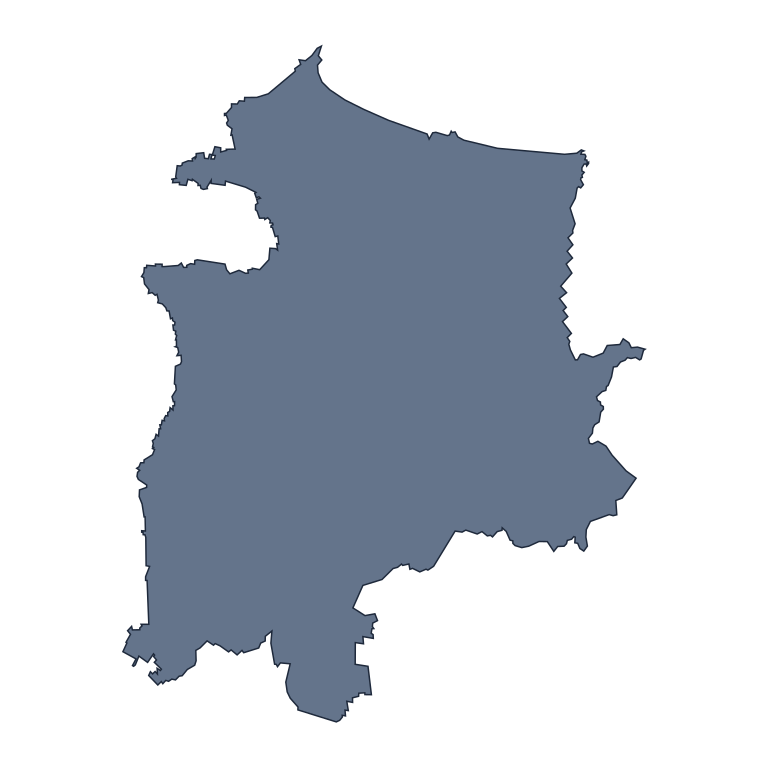 Catemaco, Veracruz, Mexico
{"feature_id": "50627088B13205785170557", "entity_name": "Catemaco", "entity_type": "district", "adm_level": 2, "iso_a3": "MEX", "parent_name": "Mexico", "parent_adm1": "Veracruz", "projection": "natural_earth1", "projection_center": [-95.032, 18.435], "detail": "fine", "context": "isolated", "style": "filled", "palette": "slate", "viewbox_px": 768, "rotation_deg": 0, "n_neighbors": 0, "source": "geoboundaries", "source_scale": "gbopen_adm2", "svg_char_len": 6115}
<svg xmlns="http://www.w3.org/2000/svg" viewBox="0 0 768 768"><path d="M583.9,150.9L581.3,149.9L576.8,153.2L564.6,154.3L497.5,148.3L463.9,140.2L457.8,136.9L455.1,131.9L452.1,132.5L451.2,131.2L449.5,135.0L447.3,135.6L435.9,132.3L432.7,132.8L429.1,139.1L427.1,134.0L388.5,120.3L363.8,109.4L345.0,100.0L329.8,89.8L322.0,82.1L318.1,72.8L317.5,65.1L321.8,60.0L318.3,55.8L321.4,46.1L317.2,48.3L311.9,55.5L305.5,60.7L299.1,59.8L300.7,64.4L294.8,68.6L295.3,71.2L268.3,93.8L256.8,97.4L244.7,97.5L244.4,101.2L239.3,100.8L237.3,104.0L231.5,103.9L231.5,107.5L226.4,113.3L224.5,113.5L224.5,115.5L226.3,115.1L228.3,120.4L226.6,123.0L227.3,125.2L232.0,128.8L230.9,135.2L232.1,134.9L235.1,149.1L226.3,149.3L226.6,150.4L220.7,152.0L220.7,147.8L214.9,146.7L212.3,155.1L215.3,155.5L214.3,159.0L211.0,158.9L212.0,154.5L209.5,154.3L208.3,158.7L204.6,158.3L203.7,152.7L196.2,153.6L196.1,157.1L195.2,158.5L194.9,157.0L192.2,158.6L192.5,161.0L188.2,160.8L182.3,163.1L182.1,165.0L180.4,166.0L177.2,165.7L175.7,176.9L176.5,178.3L171.2,179.3L173.1,179.7L172.6,182.7L179.5,182.4L179.4,184.7L186.2,185.4L187.9,179.3L192.1,180.7L192.4,179.3L198.1,183.4L198.0,185.5L200.2,185.3L201.0,188.4L203.4,189.4L207.4,188.6L207.0,187.1L211.2,180.3L211.1,183.4L225.1,185.3L225.5,181.1L245.6,187.2L256.0,192.4L254.7,193.3L256.3,197.8L258.9,196.8L260.4,198.2L256.7,199.4L257.8,203.3L255.6,204.7L255.5,209.8L257.1,211.1L259.5,218.2L264.6,218.1L264.8,219.5L267.7,217.7L270.3,220.5L269.8,222.9L272.6,223.1L273.0,224.8L271.2,225.4L270.9,227.1L272.5,227.5L275.2,236.6L277.8,236.0L278.7,244.0L276.7,243.6L277.6,250.1L275.6,248.6L269.9,248.2L268.9,259.7L259.7,269.7L252.3,268.2L252.3,269.2L247.8,270.0L248.3,273.1L245.5,273.3L239.0,270.3L229.9,273.8L226.6,269.8L225.0,264.1L197.3,259.8L194.8,260.5L194.6,264.3L190.6,263.6L186.7,265.4L186.8,267.3L183.6,267.4L181.3,263.0L178.2,265.5L164.0,266.6L162.1,266.6L162.1,264.2L155.4,264.1L155.5,266.0L146.7,265.3L146.5,267.7L144.3,267.7L143.9,272.6L141.5,276.6L143.7,277.6L144.5,283.9L149.0,289.6L148.3,293.5L152.2,292.6L155.2,295.3L157.0,294.3L158.4,300.1L157.7,302.7L162.3,303.9L165.8,307.7L166.9,310.9L169.1,311.0L170.5,318.8L172.4,318.0L172.7,320.6L175.0,322.2L174.6,325.0L172.9,325.0L173.5,330.2L175.8,331.2L175.3,334.1L176.7,335.5L175.5,339.9L176.4,339.9L176.5,346.1L175.2,346.7L177.7,347.5L178.7,352.2L176.9,355.7L181.1,355.3L181.5,361.7L180.4,364.1L175.4,366.3L174.4,383.9L175.7,384.9L176.2,389.9L172.0,396.6L173.3,401.7L174.6,401.6L174.5,405.7L172.9,405.8L173.0,410.0L170.1,407.6L169.6,411.4L167.7,412.5L167.8,415.9L165.7,415.6L164.2,418.5L164.5,420.8L162.1,420.3L161.4,424.8L159.8,424.8L160.6,428.8L159.1,428.8L158.5,436.1L156.1,434.3L154.9,438.8L152.4,440.7L153.3,443.4L152.5,446.9L153.7,447.4L152.5,448.6L154.6,449.5L152.5,454.7L144.1,459.9L143.9,462.7L140.6,462.8L139.0,466.8L136.7,468.3L139.7,470.3L137.6,472.3L137.0,476.4L138.4,479.5L146.7,485.0L146.6,487.4L139.5,489.9L139.2,496.7L142.1,504.0L144.1,516.9L145.1,516.9L145.4,531.0L141.7,530.7L141.7,532.2L143.0,532.3L143.2,534.7L145.0,534.8L145.8,537.4L146.1,565.7L149.6,566.4L145.6,576.7L145.6,580.4L147.1,580.5L148.8,624.3L141.1,624.3L142.0,625.9L139.8,628.0L139.8,629.8L132.4,629.9L131.6,626.4L127.6,630.7L130.5,634.3L126.0,642.3L126.9,643.0L122.9,651.7L136.0,658.9L132.5,665.6L133.6,666.3L135.3,664.9L138.9,656.1L147.6,662.4L153.5,653.8L154.6,655.1L153.6,656.5L156.5,660.0L154.3,662.3L161.4,669.2L160.4,670.5L157.1,668.3L157.4,674.0L155.1,671.5L152.6,673.9L150.4,671.7L148.7,675.5L157.8,685.0L161.3,681.6L162.8,683.7L165.8,680.4L168.6,681.3L171.8,679.1L175.5,679.9L179.1,676.2L182.2,675.7L187.3,669.5L194.7,665.2L196.1,660.8L195.8,650.4L200.1,647.9L207.1,640.9L213.5,645.2L215.2,643.6L220.0,645.8L228.6,651.9L231.1,649.9L237.1,654.9L242.0,650.4L243.7,652.7L258.7,648.0L260.7,643.1L265.2,641.0L265.3,636.3L271.9,631.0L270.9,643.2L274.6,664.2L276.3,664.4L277.5,666.7L280.4,662.9L290.2,663.8L285.8,682.1L287.2,691.9L290.3,698.3L298.0,707.0L297.9,709.9L336.3,721.9L339.7,720.3L342.3,717.1L342.2,715.3L345.5,715.9L345.0,710.1L348.3,710.6L346.8,701.3L352.6,702.4L352.5,697.8L358.6,696.3L358.8,693.2L364.8,692.8L364.9,694.6L371.4,694.7L368.0,666.3L355.2,664.3L355.3,642.6L363.5,643.8L362.9,636.6L373.3,638.4L373.1,634.6L371.2,633.3L371.9,628.8L373.8,628.6L372.4,626.6L372.7,623.1L377.5,620.6L374.9,613.8L365.0,615.6L352.9,607.9L362.9,585.4L382.0,579.5L393.1,568.5L397.6,567.3L401.5,564.1L402.7,565.4L408.9,564.0L409.9,569.3L412.6,568.4L419.8,571.9L426.0,569.2L427.9,570.1L433.6,566.3L455.1,531.1L462.1,532.1L465.8,530.1L477.2,534.0L482.0,531.6L487.3,535.9L490.5,535.3L492.5,536.9L497.2,531.6L502.0,530.3L502.2,527.8L506.2,531.4L510.1,540.2L512.8,540.8L512.9,543.4L515.1,545.6L521.8,547.6L528.7,546.2L539.0,541.5L547.3,541.6L553.8,551.4L557.7,546.5L564.1,546.2L566.5,543.7L567.3,540.4L571.6,539.2L573.8,536.6L575.2,537.2L574.8,542.8L577.7,543.3L579.9,548.5L583.8,551.1L587.4,546.1L585.9,537.1L586.3,529.6L590.4,521.4L609.2,514.6L613.1,515.7L616.8,514.8L615.8,500.5L622.3,498.0L636.1,478.2L626.1,470.9L612.1,455.2L606.0,446.1L597.9,441.3L592.3,444.0L589.5,443.3L588.4,438.4L592.4,433.2L592.9,428.0L594.7,424.7L599.1,421.9L600.7,412.2L603.4,409.2L603.3,406.5L600.6,404.9L600.4,402.0L597.5,400.5L596.5,396.8L602.1,391.6L605.8,390.4L606.5,386.5L608.1,385.5L611.5,377.0L613.4,367.0L617.0,366.5L620.5,362.0L625.1,360.2L627.4,357.6L631.0,358.5L635.6,357.4L639.6,359.9L641.1,359.0L643.5,350.3L645.1,349.2L637.5,347.1L631.3,347.7L628.9,342.8L623.2,338.8L619.9,344.5L607.2,345.5L603.2,353.1L593.0,357.2L583.5,353.9L580.5,354.5L577.5,359.8L575.3,359.9L570.4,349.9L568.8,344.2L569.8,341.4L567.2,337.6L571.4,333.4L562.5,321.6L567.8,316.6L563.1,310.5L566.3,307.4L559.4,298.4L566.6,292.7L560.7,286.2L571.9,273.1L566.2,264.0L572.5,258.0L567.1,251.2L572.9,244.8L568.0,237.8L572.9,233.0L572.6,230.4L575.1,223.8L570.1,208.0L575.3,198.2L577.1,188.1L578.6,186.6L580.7,187.9L583.4,184.7L580.6,179.6L581.0,177.8L582.4,177.4L581.9,175.0L584.2,172.3L581.9,170.9L581.9,167.7L584.1,164.1L586.2,164.0L586.7,166.0L588.6,163.5L588.6,162.2L587.3,163.2L586.9,160.1L584.8,159.7L585.9,156.3L584.9,154.4L580.9,154.2L581.5,151.9L583.9,150.9Z" fill="#64748b" stroke="#1e293b" stroke-width="1.5"/></svg>